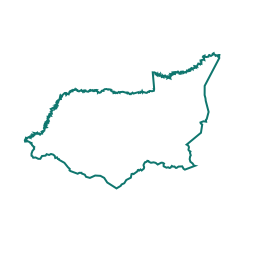 Druvienas pag., Gulbene, Latvia (orthographic projection), rotated 169°
{"feature_id": "27541924B4723463518460", "entity_name": "Druvienas pag.", "entity_type": "district", "adm_level": 2, "iso_a3": "LVA", "parent_name": "Latvia", "parent_adm1": "Gulbene", "projection": "orthographic", "projection_center": [26.23, 57.112], "detail": "fine", "context": "isolated", "style": "outline", "palette": "teal", "viewbox_px": 256, "rotation_deg": 169, "n_neighbors": 0, "source": "geoboundaries", "source_scale": "gbopen_adm2", "svg_char_len": 5912}
<svg xmlns="http://www.w3.org/2000/svg" viewBox="0 0 256 256"><g transform="rotate(169 128 128)"><path d="M169.3,87.6L164.2,86.3L160.9,83.6L158.8,78.5L150.8,70.9L146.2,72.6L145.1,73.8L142.2,74.5L139.6,77.3L134.7,78.7L133.3,82.1L132.0,82.2L131.3,81.7L127.2,83.6L126.4,84.8L125.8,84.9L125.2,84.1L123.6,84.9L122.7,83.7L120.2,85.1L119.6,86.5L119.9,88.3L119.6,89.1L117.9,91.1L116.1,91.3L115.3,92.1L114.2,91.7L113.9,90.8L112.1,89.5L109.4,89.4L107.5,88.5L105.8,86.5L102.0,87.6L100.5,87.2L99.4,86.2L100.1,85.3L100.3,83.6L97.8,81.7L96.1,81.8L95.0,80.9L93.9,80.9L92.2,82.4L91.3,81.5L89.7,81.3L88.8,79.8L87.9,79.6L85.8,80.5L82.1,80.0L81.2,77.3L80.1,76.3L69.5,78.1L70.4,78.5L71.3,80.8L73.2,83.0L73.4,85.7L72.5,88.1L71.6,89.2L71.9,91.9L71.2,93.0L72.6,94.3L72.8,95.2L71.9,97.3L71.9,98.2L72.4,99.5L73.6,100.5L57.3,109.4L54.5,117.2L55.7,118.6L55.8,119.6L52.6,120.2L50.1,119.3L50.0,121.1L49.0,121.8L45.8,128.4L46.5,139.8L46.3,142.4L46.5,145.7L44.7,154.7L25.0,179.3L25.1,180.2L24.4,182.2L25.5,182.4L26.3,181.3L27.1,182.4L28.2,182.2L28.3,183.0L29.5,183.9L29.6,185.1L30.7,184.7L31.1,183.6L32.9,182.9L34.1,184.1L34.7,184.0L35.4,182.7L37.4,182.7L39.2,183.3L39.0,184.4L40.4,184.1L40.9,183.5L40.1,182.5L40.1,180.2L41.0,180.8L43.6,180.5L43.2,179.9L43.7,179.5L43.3,179.1L43.7,177.0L44.6,177.5L45.0,176.7L46.7,177.8L48.6,175.5L48.5,175.0L49.9,175.7L49.8,174.5L50.8,175.3L50.7,174.8L51.1,174.1L52.9,174.3L53.2,173.3L54.3,174.7L55.2,174.2L54.8,173.7L55.8,172.4L56.6,172.3L56.5,173.6L56.9,173.8L58.7,172.7L58.2,172.2L59.1,172.2L59.4,172.8L60.5,171.4L61.2,172.0L62.7,171.5L62.4,172.2L63.1,172.9L65.3,173.1L65.6,172.6L65.1,172.0L65.8,172.1L65.9,171.2L66.8,171.3L67.1,171.5L66.7,172.1L66.8,172.5L68.2,172.8L67.7,173.2L68.2,173.9L70.4,173.4L70.8,173.9L72.2,174.0L71.4,173.3L71.9,172.8L71.5,172.5L71.6,172.1L72.9,172.7L72.8,172.1L73.5,172.0L74.3,173.3L75.0,173.0L75.0,172.2L76.0,172.7L75.8,171.9L75.3,171.8L76.6,171.8L75.9,170.9L76.8,170.3L76.9,169.3L77.7,169.8L77.4,168.8L78.8,169.7L79.5,169.5L78.7,170.8L79.1,171.2L80.3,171.3L80.4,170.5L80.9,170.6L81.5,172.4L82.4,172.4L82.0,171.9L82.7,171.9L83.2,170.8L83.5,171.0L83.7,172.0L84.0,172.6L84.1,171.8L85.2,171.6L85.3,172.0L84.9,172.3L85.0,172.7L86.0,173.5L86.9,173.3L86.6,174.4L87.3,173.8L87.5,174.5L88.2,174.1L88.1,174.8L88.7,174.8L88.7,175.4L89.6,174.4L90.3,175.3L89.7,176.0L90.1,176.5L90.8,176.1L90.8,177.0L91.3,177.5L93.1,177.9L94.7,162.7L94.9,161.5L95.3,161.4L95.1,160.6L95.5,159.6L97.4,159.5L99.5,160.2L100.1,160.1L100.4,159.4L101.4,159.7L102.3,159.2L102.5,159.7L102.5,159.2L103.4,159.0L106.4,160.6L106.8,160.1L107.1,161.4L107.4,160.9L108.4,161.1L108.3,160.6L109.2,160.2L109.5,160.7L110.6,160.4L110.6,160.9L110.9,161.2L116.1,160.8L116.8,161.8L118.7,160.7L119.1,161.2L120.0,161.0L121.0,162.5L122.0,162.1L122.3,163.1L123.0,162.9L126.1,164.5L129.3,164.8L129.5,164.2L130.4,165.1L131.8,164.3L132.6,164.9L133.3,164.6L133.9,165.5L134.2,165.0L135.6,165.0L135.5,166.5L136.5,166.8L137.2,167.7L137.1,168.2L137.7,168.2L137.7,169.0L139.6,169.7L140.2,169.4L141.4,170.3L143.5,170.5L145.3,169.7L145.2,169.2L146.7,169.5L147.8,168.3L149.1,168.0L150.1,168.7L150.7,168.4L150.5,169.2L151.7,170.1L151.7,170.9L151.3,171.2L151.8,171.4L153.1,171.5L152.9,170.8L153.5,170.7L153.7,171.2L154.4,170.7L155.2,170.9L155.5,171.9L156.3,171.7L157.5,172.5L157.7,172.4L157.5,171.7L159.1,171.5L159.1,171.9L160.2,171.2L162.4,172.2L162.5,172.7L163.7,172.1L163.5,173.2L163.8,173.3L165.0,173.1L165.0,172.5L165.3,172.3L165.4,172.9L166.3,173.2L166.5,174.1L169.1,173.3L170.3,173.9L170.4,174.6L170.8,174.5L171.4,175.8L172.3,175.6L172.5,176.2L173.2,175.5L174.7,175.9L175.2,174.9L175.9,175.4L176.1,174.9L176.9,175.4L178.0,175.1L178.6,174.5L178.2,174.0L178.9,173.8L179.8,172.4L181.0,173.3L182.3,172.3L182.3,172.9L181.5,173.4L181.8,173.9L182.6,173.6L182.7,174.3L183.5,174.4L186.6,172.4L186.7,171.7L187.5,171.7L187.8,172.4L188.4,170.9L188.7,171.7L189.2,170.5L188.0,170.4L188.4,170.0L188.4,169.2L189.9,169.3L190.8,168.0L190.8,168.6L191.4,168.5L191.6,167.0L192.8,167.7L193.5,166.6L192.5,165.9L192.8,165.0L194.3,164.6L193.2,164.3L193.0,163.2L194.0,163.0L194.1,163.3L193.4,163.6L194.2,164.1L194.6,163.3L195.4,163.1L194.4,161.8L195.4,161.6L195.1,160.9L196.0,160.8L195.8,161.1L196.3,162.3L196.9,161.9L196.7,161.0L196.9,160.7L197.6,162.1L200.1,161.4L199.5,160.4L199.7,160.0L199.1,159.5L200.6,158.6L200.1,158.2L200.0,156.6L202.5,156.7L202.7,156.3L201.5,155.6L201.3,154.8L202.7,155.4L204.0,154.6L203.0,154.1L203.3,153.4L203.9,153.2L204.7,153.9L204.9,152.4L204.3,151.9L205.2,152.2L205.2,151.6L204.9,151.3L205.5,150.9L204.4,150.4L204.3,149.9L204.8,149.6L205.5,150.2L206.4,149.7L205.4,149.3L205.2,148.3L205.6,148.1L207.7,149.5L208.6,149.3L207.7,149.3L207.4,148.5L208.7,148.3L209.3,147.1L207.6,147.2L207.7,146.7L207.3,146.4L208.6,145.6L207.7,144.2L208.6,144.2L209.7,145.4L210.3,144.4L209.6,144.1L209.9,143.2L210.4,143.1L210.3,142.3L210.7,141.3L212.0,141.1L212.0,140.4L212.4,140.1L212.8,141.1L213.3,140.9L212.7,140.2L213.5,139.6L213.5,138.9L215.1,139.1L215.7,138.3L216.5,139.0L216.6,139.8L218.2,139.6L218.1,140.7L219.4,140.3L220.6,140.8L220.1,140.1L220.8,139.2L221.8,138.7L222.3,139.0L222.1,139.5L223.0,139.8L222.6,138.2L223.1,137.9L223.4,138.1L223.4,139.0L224.4,139.2L224.7,138.1L224.1,137.7L225.2,137.5L225.4,136.9L225.7,137.2L225.4,137.7L226.1,138.2L226.6,137.4L227.5,138.0L228.9,137.2L230.0,137.9L230.6,136.9L230.3,136.4L230.8,136.2L230.3,135.6L231.6,135.3L231.6,134.3L228.7,134.0L226.4,132.2L226.5,131.8L225.7,131.7L226.0,130.9L225.5,130.5L225.4,129.3L223.7,127.2L224.2,126.8L224.1,125.4L226.1,123.8L227.6,121.3L228.0,119.2L227.2,118.5L226.7,116.9L224.3,116.7L222.0,114.9L219.9,114.5L217.8,116.9L214.2,116.6L212.9,117.8L210.6,116.6L208.6,117.2L206.6,116.2L205.3,114.7L205.1,112.4L203.3,112.7L202.8,111.0L201.7,110.6L201.7,109.9L197.1,106.0L194.3,100.7L193.0,99.0L193.5,97.6L192.7,96.7L186.1,92.7L184.4,93.3L182.5,92.9L182.2,93.8L182.3,92.8L182.0,92.1L179.3,90.4L178.5,88.1L174.9,86.3L169.3,87.6Z" fill="none" stroke="#0f766e" stroke-width="2"/></g></svg>